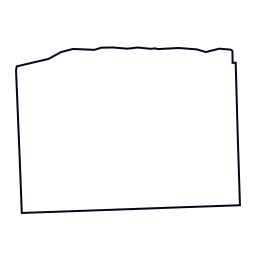 outline of Buffalo, Nebraska, United States of America, rotated 178°
{"feature_id": "52423323B63113999244824", "entity_name": "Buffalo", "entity_type": "district", "adm_level": 2, "iso_a3": "USA", "parent_name": "United States of America", "parent_adm1": "Nebraska", "projection": "orthographic", "projection_center": [-99.096, 40.85], "detail": "fine", "context": "isolated", "style": "outline", "palette": "ink", "viewbox_px": 256, "rotation_deg": 178, "n_neighbors": 0, "source": "geoboundaries", "source_scale": "gbopen_adm2", "svg_char_len": 484}
<svg xmlns="http://www.w3.org/2000/svg" viewBox="0 0 256 256"><g transform="rotate(178 128 128)"><path d="M228.9,46.8L86.5,46.9L18.8,46.9L18.6,118.4L18.1,189.5L21.2,189.5L20.9,201.4L22.7,202.7L33.8,204.1L47.6,201.2L56.7,204.2L74.7,206.2L95.1,205.8L97.9,206.6L103.0,206.4L115.3,208.1L125.8,207.3L140.3,209.0L151.9,209.2L158.7,207.3L180.3,208.9L192.1,206.3L205.1,199.8L237.0,193.5L237.9,189.8L237.3,100.2L237.1,46.8L228.9,46.8Z" fill="none" stroke="#020617" stroke-width="2"/></g></svg>